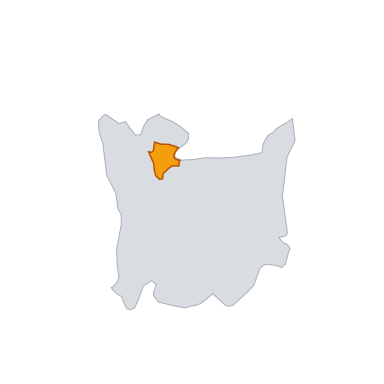 Andrijevica on a map of Montenegro (Robinson projection), rotated 231°
{"feature_id": "MNE-1508", "entity_name": "Andrijevica", "entity_type": "Municipality", "adm_level": 1, "iso_a3": "MNE", "parent_name": "Montenegro", "parent_adm1": "", "projection": "robinson", "projection_center": [19.742, 42.708], "detail": "fine", "context": "in_parent", "style": "filled", "palette": "amber", "viewbox_px": 384, "rotation_deg": 231, "n_neighbors": 0, "source": "natural_earth", "source_scale": "10m", "svg_char_len": 1683}
<svg xmlns="http://www.w3.org/2000/svg" viewBox="0 0 384 384"><g transform="rotate(231 192 192)"><path d="M168.6,69.1L168.3,71.0L168.8,76.3L171.5,81.5L181.0,86.9L195.0,97.4L211.4,116.8L218.9,122.6L225.7,124.0L238.9,132.0L248.2,134.0L258.5,136.2L285.4,153.0L297.6,157.9L306.2,164.2L307.1,170.2L306.7,173.9L291.2,178.2L288.5,184.7L280.9,184.0L271.8,183.9L268.9,188.1L273.2,195.0L276.1,203.0L273.8,214.1L273.0,215.5L270.8,215.1L258.0,221.5L248.4,224.6L239.8,226.1L235.7,223.0L233.7,218.8L234.1,206.7L232.5,202.6L229.6,200.6L223.7,203.5L216.8,212.8L210.4,223.7L200.8,235.1L192.9,246.0L184.4,259.8L178.5,271.1L184.6,277.6L188.3,286.5L187.1,293.2L188.2,297.1L186.3,308.8L185.9,316.2L167.1,304.4L159.3,287.8L131.9,259.7L100.4,240.6L98.8,237.6L100.5,233.9L102.1,231.0L95.5,230.8L90.9,233.2L86.6,232.5L81.7,225.3L77.1,219.1L76.9,213.7L79.0,213.0L82.2,210.8L88.8,204.7L90.2,201.5L89.9,196.7L80.7,181.4L79.4,171.5L78.2,153.0L80.1,148.6L83.6,146.5L99.8,144.2L99.7,129.8L100.7,125.5L103.9,119.5L106.0,114.0L115.1,106.2L127.3,96.9L132.7,96.6L137.4,97.9L142.6,105.9L148.4,104.9L149.6,95.3L142.1,82.6L138.1,74.6L139.4,70.1L142.2,67.8L148.7,69.3L154.9,71.5L158.8,70.0L165.0,68.8L168.6,69.1Z" fill="#d9dde1" stroke="#a8b0b8" stroke-width="1"/><path d="M234.8,209.3L234.7,207.9L233.7,204.1L231.8,200.9L229.1,199.6L226.3,200.8L224.1,202.6L223.7,201.7L220.5,198.0L222.2,196.4L224.9,192.5L225.0,188.7L224.6,183.8L224.2,180.6L222.4,179.1L220.7,177.5L222.4,174.7L226.3,174.2L227.7,174.1L233.1,176.7L238.3,180.2L246.4,182.4L250.6,183.5L248.4,185.5L248.4,188.0L250.8,190.5L254.4,194.4L253.8,194.6L248.4,198.3L244.0,203.6L236.8,208.5L234.8,209.3Z" fill="#f59e0b" stroke="#b45309" stroke-width="1.5"/></g></svg>